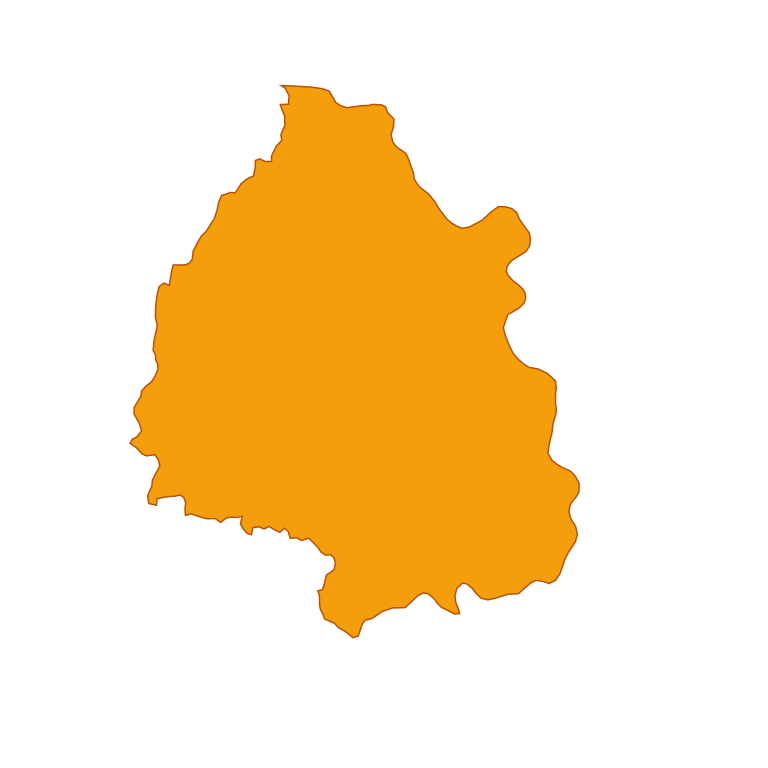 Reserva do Iguaçu, Paraná, Brazil, rotated 214°
{"feature_id": "56859067B45945629242811", "entity_name": "Reserva do Iguaçu", "entity_type": "district", "adm_level": 2, "iso_a3": "BRA", "parent_name": "Brazil", "parent_adm1": "Paraná", "projection": "albers", "projection_center": [-51.961, -25.873], "detail": "fine", "context": "isolated", "style": "filled", "palette": "amber", "viewbox_px": 768, "rotation_deg": 214, "n_neighbors": 0, "source": "geoboundaries", "source_scale": "gbopen_adm2", "svg_char_len": 3555}
<svg xmlns="http://www.w3.org/2000/svg" viewBox="0 0 768 768"><g transform="rotate(214 384 384)"><path d="M636.0,574.0L631.0,574.0L627.6,571.8L623.8,570.2L621.9,566.1L619.5,562.7L623.0,560.0L626.3,557.7L621.9,554.3L616.2,550.6L610.9,543.1L608.8,532.9L605.0,528.9L606.3,521.1L604.8,510.3L601.7,505.6L607.0,502.0L612.7,501.3L615.6,497.5L611.4,490.7L608.5,483.4L611.2,479.6L612.9,475.6L614.4,470.3L614.2,459.3L618.8,456.6L621.2,453.0L624.1,449.7L622.7,442.2L619.5,434.5L617.1,425.9L617.0,418.7L616.8,411.0L618.1,405.0L617.7,397.0L616.4,387.1L612.8,380.4L612.8,375.8L615.1,371.9L620.9,367.7L625.3,364.9L623.7,360.2L619.9,351.7L617.1,345.7L622.8,344.6L624.9,339.0L622.4,332.1L618.6,324.3L615.4,318.6L610.9,311.6L605.0,306.1L602.7,301.2L600.8,295.9L598.0,289.6L594.2,282.8L589.8,280.5L587.0,276.5L583.0,274.1L579.6,270.1L578.1,261.6L578.0,255.7L580.2,248.8L581.1,243.0L578.8,238.1L578.0,224.8L574.5,219.4L564.8,214.5L558.8,209.8L559.3,202.0L561.8,197.3L561.4,192.8L555.0,192.8L549.3,191.8L545.3,190.8L540.8,191.6L534.3,197.3L528.3,194.7L523.9,190.6L523.0,180.5L522.2,174.8L519.4,169.6L518.6,165.2L517.5,159.2L512.2,153.4L504.8,156.2L508.0,161.9L502.9,167.2L498.5,171.1L494.6,174.1L490.8,178.0L486.7,178.0L482.3,175.0L478.9,168.9L475.1,164.0L471.4,168.4L461.4,171.1L454.9,173.6L448.7,178.1L442.1,177.8L439.8,184.5L436.6,188.0L432.1,190.5L427.5,195.0L424.8,187.8L419.9,185.2L413.9,183.7L409.6,184.9L412.3,191.7L408.0,195.6L402.3,196.8L399.7,201.6L392.2,202.1L387.5,202.8L385.9,208.7L380.9,208.2L375.5,203.6L370.7,207.6L364.9,208.2L360.2,214.1L353.6,212.8L347.4,211.6L342.3,209.4L337.1,209.3L332.8,212.5L328.6,212.0L324.3,208.7L321.5,201.9L324.9,193.4L321.7,184.8L320.0,179.3L323.2,175.5L319.6,172.9L313.5,164.5L310.7,161.6L306.3,159.2L301.7,155.9L291.3,157.9L284.9,156.5L279.5,157.1L274.2,157.0L268.0,156.2L264.4,160.5L267.8,172.9L267.6,177.3L262.7,183.1L258.5,194.0L251.7,203.1L241.5,210.4L239.0,220.6L237.7,227.0L235.0,232.2L230.9,234.7L226.7,234.5L221.4,233.8L217.8,232.2L211.6,231.0L202.3,232.2L196.6,232.9L193.0,235.9L196.3,239.0L202.7,243.3L206.7,248.0L209.3,255.3L207.6,262.8L204.0,264.5L196.8,264.0L191.5,262.2L184.1,260.7L177.3,263.0L172.0,268.5L167.4,274.4L163.9,278.7L155.2,285.5L153.2,293.7L151.0,301.4L148.2,306.2L142.7,308.9L135.6,311.0L132.0,317.1L132.1,325.4L136.4,341.6L136.9,347.3L137.1,360.4L139.7,367.5L145.2,372.9L151.8,375.8L156.3,378.6L159.4,381.9L161.9,387.3L162.2,392.7L161.5,397.5L161.9,403.1L166.5,410.6L172.8,414.1L178.1,415.6L181.9,416.0L188.3,414.6L194.2,414.2L202.1,414.6L209.5,418.4L214.2,428.3L217.4,437.5L221.4,445.0L225.2,456.3L227.5,460.1L230.7,463.5L235.8,470.9L239.3,477.5L243.5,482.4L254.3,484.1L264.4,482.7L273.4,478.8L281.0,478.8L286.1,479.4L293.7,481.5L300.5,485.2L310.4,491.9L316.6,497.5L320.2,510.7L314.7,521.8L313.2,528.9L314.1,533.7L317.7,538.2L321.7,540.3L327.6,541.3L335.5,541.8L341.7,543.4L345.5,545.7L347.5,549.8L347.8,554.3L346.9,558.5L342.7,568.0L340.4,573.4L340.5,580.2L344.0,586.5L348.5,590.8L353.3,592.2L364.3,596.6L370.0,600.4L376.0,600.9L382.1,599.0L388.4,595.0L391.6,586.0L394.2,574.6L401.1,561.8L406.0,557.0L411.4,555.6L417.5,555.2L424.1,555.9L437.9,560.6L442.7,563.2L449.4,565.3L453.7,566.5L463.9,567.2L468.1,568.3L473.4,570.8L477.8,575.7L481.7,578.3L485.1,580.9L489.7,584.4L494.8,587.4L500.9,587.5L506.4,587.5L512.2,589.7L517.7,594.8L519.8,602.3L523.8,609.2L533.1,611.1L537.5,614.6L541.8,614.2L549.8,609.4L552.8,606.1L557.4,602.9L569.3,592.3L575.7,590.4L581.5,590.4L585.9,592.7L593.3,596.2L600.1,594.4L610.2,589.5L627.0,579.6L636.0,574.0Z" fill="#f59e0b" stroke="#b45309" stroke-width="1.5"/></g></svg>